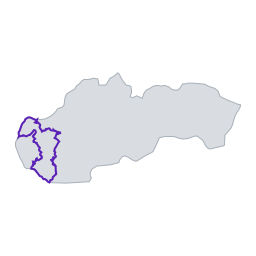 Trnavský highlighted on a map of Slovakia
{"feature_id": "SVK-1056", "entity_name": "Trnavský", "entity_type": "Region", "adm_level": 1, "iso_a3": "SVK", "parent_name": "Slovakia", "parent_adm1": "", "projection": "mercator", "projection_center": [17.553, 48.32], "detail": "fine", "context": "in_parent", "style": "outline", "palette": "violet", "viewbox_px": 256, "rotation_deg": 0, "n_neighbors": 0, "source": "natural_earth", "source_scale": "10m", "svg_char_len": 6231}
<svg xmlns="http://www.w3.org/2000/svg" viewBox="0 0 256 256"><path d="M240.6,104.8L240.1,107.3L238.4,110.3L236.4,113.3L234.7,116.9L232.5,124.6L231.0,128.2L224.9,135.2L224.5,145.0L223.7,145.7L210.0,149.0L208.2,148.5L206.3,146.6L205.3,145.2L204.7,144.2L203.5,141.5L201.9,139.6L199.6,138.0L197.5,136.2L194.7,136.1L187.4,138.7L182.2,139.0L178.8,138.2L174.3,136.6L165.4,136.4L159.3,137.7L158.7,139.6L153.1,151.6L145.0,155.9L137.9,160.4L135.9,161.3L132.3,159.9L128.3,157.3L125.0,155.9L122.6,156.5L119.9,159.5L118.7,162.6L110.7,164.8L96.8,166.1L91.9,169.1L90.3,172.7L90.2,175.5L91.4,177.9L89.9,180.6L89.2,181.7L79.4,182.3L66.3,183.1L58.4,182.9L51.1,182.7L46.0,180.4L39.9,175.8L33.4,169.7L32.8,169.5L31.8,168.9L27.7,168.4L26.7,168.8L24.2,166.8L23.5,164.2L19.7,157.4L15.5,146.1L15.4,142.8L17.0,139.1L18.6,136.3L18.8,134.0L18.9,133.4L20.2,128.7L23.3,122.5L26.2,118.8L28.3,117.6L32.6,118.7L40.0,119.6L45.6,118.8L50.9,116.0L53.8,113.6L56.2,111.0L57.1,109.3L58.1,108.5L62.5,107.0L63.9,105.3L64.5,102.0L64.9,98.3L65.8,95.6L66.9,93.6L75.0,88.8L75.7,87.1L77.0,85.5L79.4,83.7L81.7,81.0L84.2,79.4L87.3,79.5L90.3,79.2L92.5,78.3L93.5,78.2L97.7,78.9L98.5,82.0L98.9,85.2L106.1,84.9L110.1,78.1L112.2,77.3L115.5,74.9L117.7,72.9L119.2,74.2L121.4,78.5L123.7,82.1L125.1,83.5L125.2,84.5L126.6,85.2L129.2,85.6L130.9,86.6L131.4,89.9L131.5,92.9L130.6,95.0L130.2,96.8L132.0,97.6L134.7,96.9L136.6,95.8L142.2,98.3L144.2,92.8L146.4,90.0L149.3,88.7L151.9,87.0L154.3,85.8L155.9,85.9L156.7,85.4L158.7,85.5L161.1,86.1L164.3,85.4L168.8,86.8L171.6,89.3L174.3,90.1L177.5,90.0L179.6,88.6L182.7,83.8L185.0,83.9L188.5,83.1L193.5,83.2L205.0,84.2L207.8,86.0L214.9,88.4L218.0,91.1L219.3,94.3L220.1,96.5L227.3,100.0L238.0,104.3L240.6,104.8Z" fill="#d9dde1" stroke="#a8b0b8" stroke-width="1"/><path d="M18.8,136.7L19.0,135.9L18.6,133.1L18.7,132.0L19.4,131.2L19.8,130.3L21.8,124.5L22.8,122.9L24.2,121.7L24.7,121.0L25.0,119.8L25.3,119.3L27.5,117.7L29.2,117.3L31.1,117.8L35.7,120.1L36.4,120.0L37.1,119.5L37.0,119.9L36.7,120.7L36.2,121.3L35.0,122.5L35.9,122.8L36.3,123.0L36.5,123.0L36.6,122.9L37.4,122.0L37.6,122.0L37.8,122.2L38.2,122.9L38.6,123.3L38.8,123.5L39.3,123.6L39.5,123.9L39.9,124.4L40.1,124.7L40.2,125.1L40.2,125.5L40.0,125.9L39.9,126.0L39.8,126.3L39.6,126.6L39.5,126.8L39.5,127.0L39.6,127.3L39.8,127.5L40.0,128.3L40.1,128.5L40.3,128.7L40.7,129.1L41.1,129.7L42.0,131.6L42.9,130.8L43.2,130.7L43.3,130.6L43.5,130.5L44.1,130.8L45.4,130.4L45.5,130.2L45.6,129.8L45.6,129.7L45.6,129.2L45.8,129.0L46.1,129.3L46.6,129.3L46.8,129.3L47.1,129.0L48.3,128.5L49.0,128.3L49.5,128.6L49.9,129.0L50.3,129.8L50.5,130.0L51.3,130.4L52.0,130.5L53.4,130.5L53.6,130.4L53.6,130.1L53.6,129.9L53.7,130.0L53.9,130.1L54.2,130.4L54.5,130.9L54.7,131.1L54.8,131.1L55.1,131.0L55.2,130.9L55.4,130.9L55.6,130.9L55.8,131.0L56.0,131.3L56.2,131.5L60.0,132.4L60.1,132.8L60.2,133.0L59.9,133.2L58.1,134.0L57.7,134.0L57.0,133.7L56.9,133.6L56.7,133.6L56.6,133.9L55.4,137.1L54.6,138.0L56.3,138.9L56.5,138.9L56.6,139.0L57.5,139.7L59.2,141.5L58.4,142.4L55.6,147.5L54.9,148.2L54.7,149.1L54.7,149.3L54.6,149.5L54.5,150.7L54.4,150.9L54.3,151.0L54.2,151.1L54.3,151.3L55.3,152.3L55.1,152.8L54.9,153.1L54.8,153.4L54.9,153.5L54.8,153.9L54.7,154.0L54.7,154.4L54.9,154.9L55.0,155.1L55.3,155.3L55.7,155.7L55.8,155.9L55.9,156.1L55.9,156.4L55.7,156.9L55.6,157.1L54.8,157.6L54.4,158.0L54.2,157.9L53.6,157.3L53.5,157.2L53.4,157.2L53.3,157.3L53.0,157.5L53.1,157.9L53.5,158.6L53.6,158.9L53.6,159.2L53.5,159.5L53.4,159.6L53.2,159.8L52.8,159.8L52.6,159.6L52.3,159.5L52.2,159.5L51.9,159.5L51.3,159.8L51.1,159.9L51.2,160.1L52.9,162.1L53.1,162.5L53.1,163.0L52.8,163.8L52.7,164.0L52.8,164.4L53.1,164.6L53.3,164.6L53.5,164.6L54.1,164.4L54.4,164.4L54.5,164.4L54.6,164.6L54.4,165.1L54.4,165.3L54.5,165.4L54.6,165.5L54.8,165.6L55.1,165.6L55.3,165.7L55.5,165.7L55.6,165.8L55.7,166.0L55.7,166.3L55.6,167.6L55.8,169.7L55.7,171.2L56.0,171.5L56.1,171.9L56.1,172.1L56.0,172.3L56.0,172.5L55.9,173.2L56.2,173.6L56.3,173.9L56.2,174.1L56.0,174.4L55.3,174.8L54.4,175.6L53.9,176.3L53.6,176.5L53.4,176.6L53.2,176.7L52.9,177.0L52.7,177.6L52.6,178.9L52.5,179.2L52.2,179.4L51.4,180.0L51.1,180.2L50.9,180.3L50.8,180.2L50.5,180.2L50.4,180.1L50.2,180.2L50.1,180.4L49.8,181.8L49.7,182.2L49.4,182.5L47.7,181.6L47.3,181.2L46.9,180.5L46.2,179.8L45.4,179.3L44.8,179.0L44.3,179.0L43.9,179.2L43.5,179.2L43.1,178.7L41.7,176.7L41.3,176.5L40.3,176.3L39.9,176.1L39.5,175.7L35.5,170.3L34.2,169.2L31.6,168.8L31.2,168.7L31.4,167.2L32.2,166.3L32.4,166.1L32.8,165.9L33.0,165.7L32.9,165.4L32.9,165.2L32.9,164.8L32.9,164.7L33.0,164.7L33.3,164.7L33.6,164.6L34.2,164.1L34.6,163.8L34.8,163.6L34.7,163.5L34.7,163.4L33.9,163.4L33.5,163.1L33.2,162.9L33.2,162.7L33.2,162.3L33.2,162.2L33.0,161.6L34.2,161.7L34.6,161.7L34.8,161.7L35.2,161.4L35.5,161.1L35.8,160.9L36.0,160.9L36.3,160.6L36.3,160.4L36.2,160.3L36.0,160.0L36.0,159.9L35.9,159.8L35.9,159.7L36.0,159.1L36.1,158.9L36.3,158.8L36.4,158.7L36.7,158.6L36.8,158.5L36.9,158.8L37.0,158.8L37.0,159.1L36.9,159.4L36.8,159.5L37.0,159.7L37.5,159.8L38.0,160.1L38.4,160.2L39.4,159.7L40.7,158.7L41.1,158.6L41.3,158.6L41.5,158.5L41.6,158.3L41.9,157.6L41.9,157.3L41.9,157.1L41.8,156.9L41.7,156.9L41.4,156.8L41.3,156.6L41.4,156.0L41.4,155.7L40.5,155.1L40.3,155.1L40.2,155.0L40.2,154.8L40.1,154.2L40.1,153.9L40.3,153.6L41.4,152.3L39.2,150.5L39.0,149.8L39.0,149.7L39.3,149.1L39.7,148.3L39.8,148.0L39.8,147.7L39.7,147.6L39.6,147.4L39.4,147.2L39.2,146.9L38.9,146.7L38.7,146.7L38.4,146.4L37.8,145.1L37.6,144.8L37.3,144.5L37.0,144.0L36.9,143.9L36.5,143.6L36.4,143.5L36.4,143.3L36.5,143.2L36.6,142.9L35.7,142.8L35.6,142.7L35.2,142.4L35.0,142.2L34.8,142.1L34.7,142.0L34.6,141.9L34.0,142.0L33.5,141.8L33.4,141.1L33.7,140.4L34.3,139.4L34.5,139.2L35.1,138.8L32.9,136.6L33.1,136.2L33.1,135.8L33.5,135.5L33.7,135.4L34.0,134.6L34.3,134.5L34.5,134.5L34.6,134.4L35.4,133.3L35.6,132.9L35.8,132.2L35.8,131.7L35.7,131.3L35.6,131.0L35.4,130.7L35.1,130.4L34.6,130.2L34.4,130.1L34.1,130.0L33.8,130.2L33.5,130.6L32.4,132.4L32.3,132.5L32.2,132.6L31.8,132.8L31.7,133.0L31.5,133.3L31.4,133.5L31.0,133.9L30.6,134.1L30.4,134.2L30.3,134.4L30.1,134.8L29.9,134.9L29.6,135.0L29.1,135.0L28.4,135.2L27.9,135.6L26.2,136.3L25.6,136.2L23.9,135.4L23.3,135.2L23.1,135.3L23.2,135.5L23.3,135.7L23.2,135.8L21.3,135.9L18.9,136.6L18.8,136.7Z" fill="none" stroke="#5b21b6" stroke-width="2"/></svg>